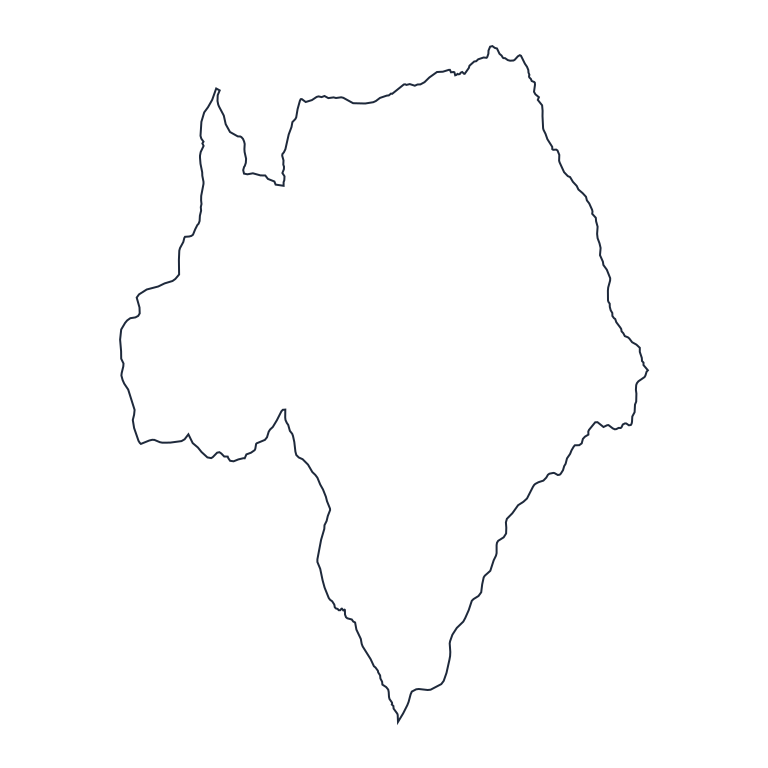 Cácota, Norte de Santander, Colombia (Equal Earth projection)
{"feature_id": "7082276B39579248859745", "entity_name": "Cácota", "entity_type": "district", "adm_level": 2, "iso_a3": "COL", "parent_name": "Colombia", "parent_adm1": "Norte de Santander", "projection": "equal_earth", "projection_center": [-72.647, 7.261], "detail": "fine", "context": "isolated", "style": "outline", "palette": "slate", "viewbox_px": 768, "rotation_deg": 0, "n_neighbors": 0, "source": "geoboundaries", "source_scale": "gbopen_adm2", "svg_char_len": 6040}
<svg xmlns="http://www.w3.org/2000/svg" viewBox="0 0 768 768"><path d="M647.9,370.3L643.5,365.1L643.5,362.6L642.0,361.0L641.8,357.9L639.8,351.9L639.8,347.8L636.4,344.6L632.1,342.2L629.3,338.5L627.9,337.3L624.8,336.1L623.3,333.2L621.6,331.4L621.2,329.0L620.4,327.7L616.3,322.2L615.2,319.0L614.0,318.2L612.4,316.0L612.3,313.0L610.7,310.3L609.8,306.9L609.7,303.7L608.4,301.8L608.0,300.4L607.9,290.7L608.2,287.5L610.1,280.6L610.2,278.2L606.8,269.7L603.4,265.0L602.9,261.7L600.0,255.2L600.6,248.0L599.5,243.3L597.6,238.2L597.1,233.9L597.6,226.7L596.1,221.3L595.8,217.8L592.2,213.8L592.5,211.6L592.1,209.8L589.2,203.4L586.9,200.4L586.0,196.8L582.7,193.2L578.4,189.5L576.7,185.9L572.9,181.8L570.1,177.1L567.8,176.1L564.1,172.2L559.6,162.4L559.1,160.7L559.3,154.9L557.5,150.5L556.2,149.6L553.2,149.8L552.3,149.2L552.2,146.8L547.4,139.2L545.5,133.8L543.5,129.8L543.1,128.2L542.5,116.1L542.6,110.8L542.1,105.3L537.8,99.9L538.9,97.2L535.4,94.3L534.0,91.8L535.0,84.7L534.8,82.6L534.2,82.0L531.7,81.0L530.9,79.0L529.3,77.4L529.0,76.1L529.4,74.9L528.5,72.6L528.3,70.0L527.0,66.8L524.9,63.7L521.0,55.8L519.8,55.2L517.9,56.3L514.7,59.8L513.5,60.5L510.1,60.7L507.8,60.1L505.1,58.2L503.4,58.1L502.8,57.6L501.6,55.6L499.5,53.8L497.0,48.5L494.8,47.9L492.4,46.1L490.1,46.7L488.5,50.6L488.4,53.7L487.3,56.9L486.6,57.8L483.6,57.5L478.2,59.3L476.2,61.2L474.2,61.5L469.5,65.7L468.8,68.0L464.7,73.8L464.1,73.8L462.2,72.0L460.7,72.7L459.7,74.1L458.3,74.3L457.5,73.9L456.4,74.9L455.2,75.3L454.4,72.3L453.7,72.0L451.0,72.3L449.9,69.9L448.7,69.9L442.9,71.7L437.0,72.0L429.3,77.5L424.5,82.2L420.4,84.4L417.5,84.5L414.8,85.7L409.8,84.1L406.4,84.9L405.1,84.3L403.8,84.5L392.2,93.8L391.0,93.6L388.8,95.4L386.8,95.6L380.0,97.9L375.9,101.0L373.3,102.2L365.2,103.5L353.1,103.2L343.3,97.8L341.2,97.3L336.0,98.0L333.6,97.4L328.3,98.1L324.5,96.0L321.6,97.1L318.6,96.4L316.7,96.9L311.9,100.1L305.7,102.0L301.8,99.1L300.7,99.2L299.9,100.8L297.6,109.1L296.2,117.4L295.3,119.1L292.4,122.1L291.5,127.0L288.7,134.5L285.4,149.2L283.9,152.3L282.4,154.1L282.2,155.7L283.5,160.4L283.3,164.6L284.0,166.7L283.9,169.2L282.4,173.0L284.5,176.3L284.3,180.2L283.6,182.2L283.6,185.8L275.6,184.6L274.4,181.5L267.9,178.9L265.3,175.5L260.5,175.4L252.9,173.3L247.4,174.3L244.0,173.6L243.2,170.1L244.1,166.9L244.8,165.9L245.8,162.9L246.1,158.8L244.6,152.0L244.4,149.1L244.7,144.0L244.1,141.5L243.0,138.9L241.4,137.1L240.3,136.5L237.8,136.4L230.0,132.0L225.7,124.2L223.8,115.6L219.0,106.5L218.2,104.5L217.5,101.0L217.7,95.2L219.7,90.4L216.2,88.5L212.2,99.8L208.0,107.2L204.2,112.4L201.4,121.8L200.5,135.8L201.3,138.6L203.5,141.7L202.4,143.4L203.6,145.9L200.7,152.0L200.0,155.6L200.0,157.7L200.5,163.8L202.2,172.3L202.3,175.7L203.5,181.8L203.5,183.9L201.2,195.9L201.1,200.4L201.5,204.0L200.8,207.1L201.1,210.7L199.9,215.7L199.6,221.0L198.6,223.7L197.3,225.1L195.2,229.3L193.0,234.7L191.4,235.9L189.2,236.5L185.0,236.8L184.3,238.0L183.3,242.0L180.0,248.1L179.3,250.6L178.9,259.9L179.1,274.5L175.3,279.0L172.5,281.0L164.6,283.4L158.2,286.5L146.7,289.5L139.0,294.4L136.7,297.6L139.5,307.5L139.7,313.4L138.2,315.9L135.4,317.4L130.3,318.2L127.2,320.4L125.1,322.9L121.2,329.5L120.1,339.6L121.1,351.3L121.2,358.7L123.5,363.5L123.3,366.4L121.7,373.0L121.4,375.5L122.6,380.0L124.2,383.6L128.2,389.6L134.6,409.9L134.1,414.7L132.8,420.0L134.1,428.0L138.5,440.8L139.8,442.9L140.9,443.9L149.3,440.5L152.2,439.8L154.4,439.9L159.9,442.2L162.4,442.7L170.3,442.6L181.5,441.1L184.6,439.3L188.4,434.3L192.7,443.1L197.9,447.5L201.5,452.0L207.4,457.4L211.2,458.1L212.8,457.1L217.1,452.7L219.4,452.2L221.3,453.5L224.2,456.5L227.7,456.6L228.3,458.2L230.1,460.8L233.6,461.3L238.4,459.4L243.4,458.2L244.7,458.3L246.4,454.4L251.0,452.7L254.6,450.2L255.3,448.8L256.1,444.0L256.7,443.3L264.9,439.9L267.0,437.3L268.7,431.7L270.1,429.5L272.8,427.0L276.9,420.2L281.4,411.3L282.8,409.8L285.3,409.6L285.2,417.5L285.5,420.0L286.8,422.9L288.2,424.9L289.9,430.9L292.2,433.8L293.0,436.0L294.3,442.0L295.4,451.6L296.3,455.0L298.8,457.5L302.6,459.2L308.0,464.6L312.3,472.0L315.3,474.9L317.4,477.7L320.2,484.5L323.0,489.5L325.9,496.8L327.0,501.2L330.0,508.6L330.1,510.1L327.8,516.0L326.6,521.0L324.5,525.2L324.3,528.9L321.1,539.8L317.4,559.3L317.4,562.0L320.2,568.8L322.6,580.3L324.6,587.6L328.8,598.1L330.1,599.8L332.2,601.3L334.3,604.6L334.8,607.3L336.0,608.5L337.6,608.9L338.7,610.2L340.2,610.2L341.5,608.7L342.0,608.7L343.3,610.4L344.6,609.7L344.9,610.0L345.0,614.5L346.0,617.2L347.3,618.3L351.8,619.5L353.2,621.5L355.1,622.5L356.4,629.6L360.8,638.9L361.7,643.9L362.7,646.5L370.6,659.1L373.9,666.2L375.5,667.5L377.9,670.8L378.2,672.4L380.1,675.4L380.4,678.5L382.1,681.7L382.4,684.6L386.2,687.1L388.2,689.6L388.7,692.0L389.0,696.9L389.5,699.0L392.0,702.6L392.1,703.6L391.8,704.5L393.4,706.0L393.6,708.6L397.3,713.7L397.7,715.0L398.0,721.9L403.1,713.5L407.3,705.2L408.6,701.9L410.6,694.4L411.8,691.6L416.2,689.3L418.8,689.0L427.7,690.0L430.6,689.7L441.3,684.1L443.7,680.9L446.5,672.9L449.4,659.9L450.1,656.1L450.3,652.0L449.7,643.4L450.1,641.2L452.4,634.7L456.8,627.9L463.3,621.6L465.2,618.1L468.7,610.2L471.8,600.8L473.5,599.1L478.5,596.0L481.2,592.3L482.2,584.3L483.7,577.4L484.8,575.7L490.3,570.8L493.7,560.3L496.0,555.6L496.6,553.1L496.6,545.1L497.0,542.7L498.2,540.8L503.7,537.3L506.1,533.5L506.3,527.7L505.9,522.4L506.9,518.8L512.4,513.2L518.1,505.2L523.4,501.8L527.0,498.5L532.9,486.9L534.1,485.0L535.3,483.9L538.5,482.2L543.4,480.6L546.3,477.6L547.9,474.8L549.4,473.7L553.4,472.9L554.5,473.1L557.8,475.0L559.7,474.7L560.7,473.8L563.0,470.2L564.2,466.1L565.6,463.8L567.0,458.4L570.1,453.9L571.5,450.4L573.6,446.8L574.8,445.3L579.2,445.2L581.7,443.4L582.9,438.9L584.9,436.7L588.4,434.6L588.3,431.5L589.0,429.9L595.2,422.3L597.5,422.2L603.5,427.0L607.2,425.2L608.5,425.1L612.8,428.4L614.8,429.3L616.3,429.1L618.6,427.9L620.7,428.0L621.6,427.1L622.8,424.5L625.0,423.4L626.3,423.5L628.9,425.3L630.8,425.0L631.6,423.7L632.0,421.9L632.3,416.5L634.6,412.2L635.0,404.6L636.2,401.6L636.4,393.6L635.9,389.8L636.2,385.1L636.9,383.2L638.4,381.3L644.5,377.1L645.4,375.6L646.6,371.7L647.9,370.3Z" fill="none" stroke="#1e293b" stroke-width="2"/></svg>